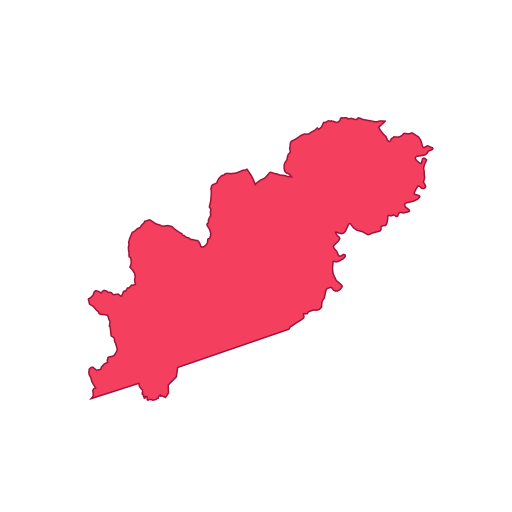 Huong Hoa, Quảng Trị, Vietnam, rotated 251°
{"feature_id": "81297802B55643895945103", "entity_name": "Huong Hoa", "entity_type": "district", "adm_level": 2, "iso_a3": "VNM", "parent_name": "Vietnam", "parent_adm1": "Quảng Trị", "projection": "mercator", "projection_center": [106.685, 16.705], "detail": "fine", "context": "isolated", "style": "filled", "palette": "rose", "viewbox_px": 512, "rotation_deg": 251, "n_neighbors": 0, "source": "geoboundaries", "source_scale": "gbopen_adm2", "svg_char_len": 6092}
<svg xmlns="http://www.w3.org/2000/svg" viewBox="0 0 512 512"><g transform="rotate(251 256 256)"><path d="M325.0,165.4L324.7,164.7L325.1,162.1L324.2,161.5L322.0,157.3L321.3,156.7L320.6,155.7L320.6,153.5L320.1,151.8L318.9,149.3L318.6,146.7L313.5,142.1L311.3,140.7L310.9,140.2L308.3,139.7L305.7,138.1L302.6,137.3L300.2,137.0L299.0,136.4L296.7,135.8L295.2,136.9L292.4,136.5L290.5,135.8L289.5,135.6L286.4,133.1L283.3,134.6L278.8,135.6L275.3,134.9L273.9,133.9L271.7,133.0L268.7,132.9L268.3,130.7L269.0,128.9L267.2,125.7L267.6,124.0L265.1,121.2L265.6,120.5L265.8,119.5L265.5,119.1L261.8,115.9L261.9,115.4L262.7,114.6L264.9,113.3L265.6,109.3L266.1,108.3L268.5,107.2L269.3,106.0L269.6,104.4L271.2,103.6L273.0,101.2L272.5,99.1L271.7,98.4L271.4,97.6L273.5,95.8L275.4,93.4L274.8,91.4L272.3,89.4L271.5,88.3L270.2,85.5L270.1,83.8L269.5,83.3L268.3,83.4L264.8,82.9L261.4,85.7L257.0,87.4L254.1,89.0L252.7,88.9L251.6,89.9L249.1,95.1L248.1,96.4L244.0,96.3L241.2,96.6L237.4,94.5L236.7,95.0L236.0,94.9L228.0,93.1L227.3,93.2L225.4,94.9L224.6,95.1L223.7,95.2L222.6,94.7L221.1,94.5L219.0,94.8L212.9,94.5L210.8,92.8L208.1,89.5L208.0,87.4L208.4,83.4L208.1,82.8L206.9,82.4L206.2,81.6L205.6,81.3L203.8,81.1L203.6,80.7L203.5,78.2L203.0,76.6L201.7,74.6L201.5,73.8L199.4,72.4L199.7,69.6L199.6,68.3L204.1,65.4L204.2,63.4L203.3,61.5L200.5,60.1L198.0,59.6L194.9,60.2L191.1,59.9L187.7,60.4L183.5,61.4L183.3,59.6L182.9,58.8L181.8,57.8L178.9,57.3L178.2,56.9L176.9,56.9L174.8,53.7L173.8,101.9L173.6,103.8L170.7,103.3L167.7,104.2L166.8,104.9L166.1,104.9L164.0,104.4L163.7,103.8L163.1,103.9L162.7,103.5L161.9,103.7L160.9,104.5L159.7,103.9L159.3,104.2L159.1,104.9L158.7,104.1L158.2,104.0L157.9,104.1L157.8,104.7L158.8,106.2L158.8,107.0L158.3,107.2L155.7,106.4L155.1,106.5L154.9,106.8L155.0,108.5L154.3,110.3L153.2,111.6L152.9,114.6L153.5,116.3L153.4,117.2L154.4,117.8L155.3,119.1L155.7,120.2L154.5,120.3L154.1,121.9L151.7,124.4L154.9,128.6L162.6,131.0L167.7,141.4L176.1,145.6L176.1,263.2L178.1,265.7L178.1,267.0L179.6,272.0L180.8,277.8L181.9,280.8L182.9,281.6L185.8,282.0L185.8,282.8L185.0,284.3L184.8,285.5L185.8,286.9L186.2,288.1L186.2,292.8L185.1,295.5L184.8,297.3L184.9,298.6L186.2,301.3L189.4,302.6L191.4,303.7L192.6,304.8L193.8,306.7L200.4,310.7L201.8,312.0L202.1,313.7L202.0,316.7L201.4,317.2L198.6,318.2L197.8,318.8L197.0,319.7L196.3,321.6L197.0,324.8L198.8,327.3L199.5,327.7L201.0,327.3L206.7,323.9L212.2,323.3L214.8,323.2L219.4,324.3L225.4,327.0L225.7,327.9L224.3,329.7L224.1,332.3L224.9,337.4L226.1,339.8L226.8,340.4L227.9,340.6L228.8,339.7L229.0,338.4L228.4,337.0L228.4,336.3L228.5,335.4L229.4,334.2L234.2,333.8L237.4,332.5L238.8,332.2L239.7,332.3L240.4,332.7L243.4,338.9L245.1,340.8L246.4,340.9L249.4,339.3L252.5,338.9L252.5,339.6L252.3,340.0L250.5,342.0L249.2,344.2L249.2,346.4L250.2,348.5L255.8,353.9L256.1,354.6L255.9,355.5L255.3,356.1L253.4,356.5L250.7,357.5L247.7,359.6L244.1,364.8L240.0,368.4L239.6,369.0L239.5,370.2L239.8,373.1L239.3,381.1L239.5,382.0L240.7,383.0L242.8,383.7L243.1,384.1L243.3,385.6L242.7,388.5L243.9,390.1L248.1,392.6L250.1,393.3L250.9,393.9L251.2,394.5L251.0,395.3L250.6,395.6L250.0,396.6L250.0,399.4L249.6,400.1L247.8,401.4L247.5,402.0L247.6,402.9L249.7,404.7L250.2,405.7L250.3,406.3L250.0,407.4L248.7,409.3L248.2,414.3L248.3,415.5L248.8,415.8L249.8,415.8L253.9,413.2L255.8,413.1L256.9,413.8L257.2,414.5L257.3,416.1L256.7,420.9L256.6,423.4L257.1,427.3L258.3,429.9L259.2,430.3L259.9,430.0L262.8,426.1L263.2,425.9L264.2,426.2L266.9,428.8L269.4,431.7L269.0,432.9L268.0,433.8L266.1,434.6L265.3,435.8L265.2,436.7L265.4,438.1L266.3,439.0L267.5,439.1L271.4,438.4L275.3,441.1L278.2,441.6L281.0,442.5L284.3,443.0L287.4,444.9L291.3,448.6L293.3,447.4L293.9,446.6L293.9,445.7L293.2,444.7L289.9,442.7L289.8,442.0L290.1,441.5L292.9,439.5L295.5,438.4L296.1,438.4L297.4,439.0L297.9,440.0L297.9,440.6L296.7,447.0L296.6,449.0L297.7,451.7L299.0,453.0L299.2,457.2L299.6,458.0L300.1,458.3L301.0,458.0L301.8,456.8L304.2,454.4L304.4,453.6L303.9,451.4L303.9,450.0L304.3,449.4L305.2,449.1L309.5,449.4L312.3,449.4L313.9,448.8L315.6,448.5L321.6,443.7L321.7,440.2L323.7,436.2L323.7,435.5L322.4,433.2L322.0,430.5L322.2,428.9L323.8,425.1L323.0,423.5L322.9,422.2L320.6,420.0L321.0,419.0L322.3,418.3L322.6,417.8L324.5,418.0L326.3,417.8L330.9,415.6L334.7,414.4L337.8,413.9L341.2,421.9L341.5,422.0L343.3,417.3L343.6,413.9L344.1,412.5L350.3,401.5L352.1,399.6L353.4,397.6L352.5,396.2L352.6,394.5L355.1,390.9L355.6,387.8L356.9,387.0L357.6,385.7L358.0,383.8L358.9,381.8L358.8,381.4L358.5,380.7L356.8,379.4L356.0,377.9L355.9,376.7L356.2,375.5L358.3,372.8L358.6,371.9L359.3,371.2L359.3,370.2L360.3,368.4L359.7,365.1L360.3,363.4L358.0,361.3L356.7,359.9L355.2,356.7L357.2,355.6L355.9,353.3L355.0,348.0L354.2,345.9L354.8,343.2L355.6,341.5L355.4,337.9L354.3,334.3L353.2,329.4L353.3,327.8L352.6,326.6L352.5,325.9L350.3,324.6L348.1,323.8L347.3,323.0L343.1,322.3L341.4,319.4L339.8,318.2L337.0,316.6L334.7,313.7L332.8,312.2L329.6,311.1L327.0,310.8L325.5,311.2L323.9,312.4L322.9,313.9L319.2,315.4L319.3,314.9L319.9,314.4L320.7,311.9L322.6,309.6L324.9,304.7L327.0,302.3L327.8,300.6L330.5,297.0L330.4,296.2L326.8,289.7L326.2,284.4L324.6,279.7L323.8,278.6L329.2,278.3L334.0,277.6L341.0,275.7L340.7,273.9L341.3,271.9L340.9,264.3L342.0,259.2L343.4,256.0L343.7,254.8L343.6,253.1L342.7,251.7L343.3,250.4L342.8,248.9L341.0,245.5L339.9,244.7L339.1,243.6L338.0,242.9L337.7,242.3L337.5,238.3L337.0,237.2L336.1,236.4L335.1,236.0L334.3,235.2L332.2,235.0L328.7,233.7L322.8,231.1L317.7,227.9L317.2,227.8L315.3,228.6L312.1,227.1L309.0,226.3L306.8,223.8L305.1,222.5L304.0,222.3L303.1,221.8L302.3,220.2L301.5,219.8L299.4,220.0L296.8,220.7L291.6,220.6L291.2,220.0L289.9,219.7L287.9,218.0L287.7,217.5L287.9,216.6L287.4,215.8L284.2,214.3L283.5,213.5L282.5,211.8L281.7,209.5L282.1,208.1L282.7,206.9L286.3,207.0L288.8,206.3L290.1,205.2L290.2,204.3L292.1,201.6L292.9,199.7L295.1,198.2L297.0,195.5L298.8,194.7L299.0,193.9L300.1,193.2L301.4,193.1L302.5,191.8L308.3,187.5L310.6,186.5L311.5,185.7L313.1,183.2L313.7,181.8L314.3,178.3L315.1,176.6L316.5,175.3L319.1,171.7L324.5,167.6L324.9,167.1L325.0,165.4Z" fill="#f43f5e" stroke="#9f1239" stroke-width="1.5"/></g></svg>